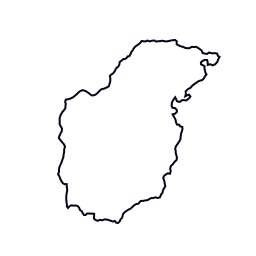 Pouso Alegre, Minas Gerais, Brazil (Robinson projection), rotated 16°
{"feature_id": "56859067B30504998341327", "entity_name": "Pouso Alegre", "entity_type": "district", "adm_level": 2, "iso_a3": "BRA", "parent_name": "Brazil", "parent_adm1": "Minas Gerais", "projection": "robinson", "projection_center": [-45.929, -22.262], "detail": "fine", "context": "isolated", "style": "outline", "palette": "ink", "viewbox_px": 256, "rotation_deg": 16, "n_neighbors": 0, "source": "geoboundaries", "source_scale": "gbopen_adm2", "svg_char_len": 3256}
<svg xmlns="http://www.w3.org/2000/svg" viewBox="0 0 256 256"><g transform="rotate(16 128 128)"><path d="M73.5,191.7L75.5,193.5L76.9,195.6L78.6,197.3L80.5,199.0L82.4,199.5L84.5,198.8L85.4,201.3L86.7,204.4L87.0,207.0L87.3,209.7L87.9,212.3L88.5,214.2L89.5,216.6L90.4,218.6L91.0,220.4L92.4,221.4L93.4,219.2L94.9,218.0L97.1,217.6L99.2,216.9L100.9,216.8L102.9,218.0L104.4,220.0L106.4,220.7L108.0,222.3L109.5,223.8L111.3,223.2L112.2,221.5L114.7,220.8L116.8,220.3L119.1,219.8L119.7,221.9L120.0,224.1L121.5,225.2L124.4,225.6L126.3,224.0L128.6,223.8L130.9,222.2L133.4,221.8L136.8,221.9L139.1,222.1L141.1,221.0L142.6,222.2L144.6,222.1L145.7,220.3L146.0,218.0L147.0,216.1L147.0,214.1L147.0,212.0L148.2,209.5L149.8,207.7L151.0,206.3L152.6,204.9L153.6,203.4L155.0,200.9L156.5,199.1L158.9,197.8L160.3,194.6L162.4,194.0L164.2,193.0L166.6,192.0L168.2,190.3L169.7,188.9L171.6,188.4L173.3,187.1L175.7,187.1L177.8,185.9L178.1,182.9L179.0,180.6L178.8,178.6L179.2,176.3L179.9,173.7L178.7,171.4L177.2,168.4L175.6,166.3L176.0,163.7L177.5,162.0L178.7,160.6L181.0,160.4L181.0,157.7L179.7,155.5L179.7,152.7L181.2,150.2L182.1,147.6L183.5,145.4L183.2,142.9L182.0,140.9L180.7,138.7L180.1,136.7L179.1,135.1L179.1,132.3L179.9,130.1L180.6,128.1L181.1,126.2L181.5,124.3L180.9,121.6L180.6,118.4L180.7,116.2L180.7,114.2L179.9,112.0L177.5,112.0L176.3,110.7L174.4,111.3L172.9,109.8L171.1,106.5L168.5,104.0L167.1,102.5L169.1,101.5L170.5,99.3L170.1,97.4L167.9,95.9L165.1,96.3L163.8,94.6L163.2,91.4L163.9,88.4L164.9,85.5L166.5,87.2L167.6,88.7L170.5,88.8L172.1,86.5L173.9,85.8L176.3,85.5L177.4,84.2L178.4,82.8L179.3,80.5L177.4,79.1L175.7,80.4L174.3,81.7L174.3,79.4L173.3,77.0L174.7,74.4L177.1,72.0L178.3,69.2L180.7,66.3L182.6,63.9L184.5,62.4L186.2,61.4L187.3,59.3L187.7,57.2L188.7,54.9L187.4,53.7L185.3,50.2L184.5,47.4L182.3,47.0L180.6,46.6L180.0,44.8L181.2,43.0L182.8,41.5L185.3,40.8L186.5,42.9L187.3,45.4L189.5,44.0L192.1,44.5L194.2,42.7L195.6,39.9L195.8,37.3L196.4,34.4L194.4,33.8L193.2,31.9L190.8,32.1L188.6,33.0L186.9,33.1L185.1,33.1L183.6,35.0L181.2,35.3L179.1,35.4L177.3,33.1L174.5,32.1L171.5,31.2L169.1,31.9L166.7,32.6L165.0,34.4L163.2,34.9L161.2,35.3L159.1,34.9L155.9,34.9L153.5,34.5L151.8,34.2L150.9,31.2L148.8,30.4L145.9,31.7L144.2,32.6L142.2,33.7L140.1,34.5L138.1,34.5L136.5,34.8L134.9,35.7L132.8,36.3L131.3,37.2L129.5,36.6L127.3,37.3L124.9,38.8L122.5,38.6L121.1,39.9L119.3,40.4L117.2,40.5L116.2,43.0L114.4,45.4L112.7,47.5L111.6,49.8L111.0,52.4L110.2,54.1L110.1,56.1L109.4,58.7L107.9,59.3L107.3,61.1L106.2,62.5L104.6,62.9L103.4,64.8L101.8,66.8L102.2,69.3L101.7,71.8L100.2,73.7L99.6,76.9L98.7,79.5L97.1,81.4L96.2,83.0L97.3,85.0L98.1,88.1L98.1,91.2L97.9,93.4L96.2,95.1L94.2,96.7L91.5,98.3L90.0,100.9L89.0,102.9L87.9,104.5L86.3,105.9L84.0,106.7L80.9,105.4L78.2,104.5L76.5,104.1L73.9,104.1L72.1,105.5L70.5,107.5L69.7,109.4L68.3,111.3L66.7,113.7L64.6,115.5L62.3,117.0L60.3,117.9L60.4,120.2L61.5,121.9L61.8,124.0L62.3,126.3L61.7,128.3L60.6,130.5L60.0,132.6L59.6,134.5L59.6,137.6L60.4,140.0L61.2,143.1L62.9,145.0L64.6,146.5L65.3,149.5L64.7,151.5L64.3,153.9L64.2,156.6L66.5,158.4L68.6,159.8L70.6,161.1L72.5,163.0L72.6,166.4L73.3,169.0L73.4,171.4L73.9,173.6L73.7,175.9L73.5,179.9L73.1,182.6L72.9,184.5L73.1,187.1L73.8,189.2L73.5,191.7Z" fill="none" stroke="#020617" stroke-width="2"/></g></svg>